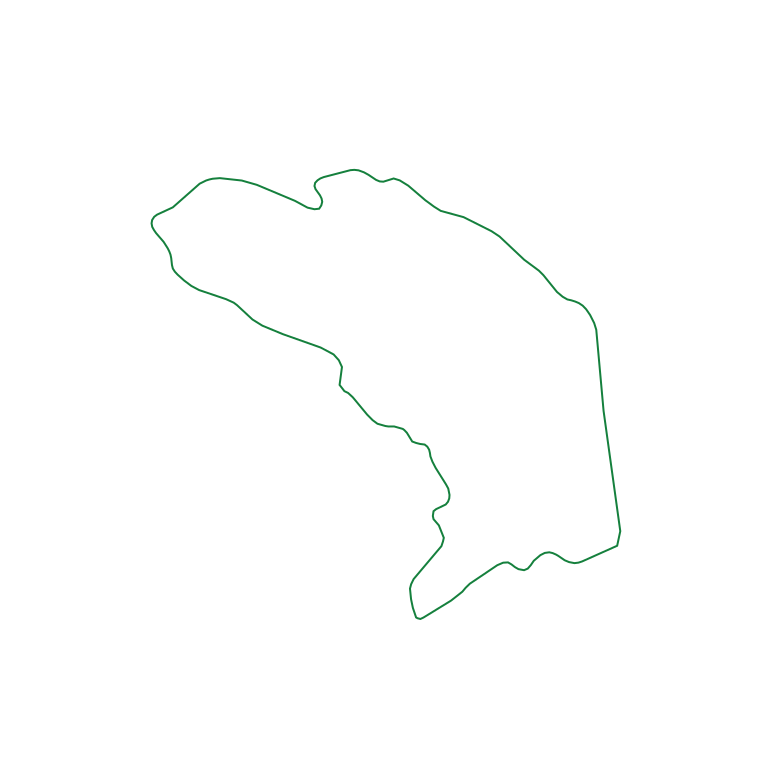 outline of Australian Capital Territory, rotated 120°
{"feature_id": "AUS-2653", "entity_name": "Australian Capital Territory", "entity_type": "Territory", "adm_level": 1, "iso_a3": "AUS", "parent_name": "Australia", "parent_adm1": "", "projection": "natural_earth1", "projection_center": [149.061, -35.53], "detail": "fine", "context": "isolated", "style": "outline", "palette": "green", "viewbox_px": 768, "rotation_deg": 120, "n_neighbors": 0, "source": "natural_earth", "source_scale": "10m", "svg_char_len": 2050}
<svg xmlns="http://www.w3.org/2000/svg" viewBox="0 0 768 768"><g transform="rotate(120 384 384)"><path d="M407.5,101.2L438.6,123.7L441.5,126.3L443.9,129.5L445.7,134.7L446.3,139.4L445.7,147.4L445.7,149.8L446.1,153.4L447.1,156.7L449.9,160.3L454.0,163.0L462.2,165.9L467.4,166.3L472.0,167.2L475.2,169.6L477.1,175.0L477.1,179.1L476.5,183.3L476.5,187.4L479.2,191.5L484.3,195.3L514.0,209.8L519.6,211.4L524.7,212.3L538.0,217.6L566.6,233.1L569.3,235.0L570.1,237.9L570.1,239.5L563.4,247.1L556.8,253.0L548.2,259.2L543.8,260.4L538.1,260.8L495.7,253.2L490.8,254.2L487.3,255.3L479.0,265.8L476.3,273.5L473.9,275.7L469.4,277.5L466.3,276.3L457.5,270.3L454.0,269.7L450.4,270.3L447.3,271.8L442.4,276.1L439.9,280.2L430.8,297.4L427.0,303.3L423.5,307.6L420.7,309.8L418.3,312.1L416.6,315.2L416.1,318.5L417.9,322.8L419.0,326.7L419.7,330.8L414.8,339.8L413.7,343.5L413.5,345.3L415.7,354.0L418.6,359.0L419.7,361.8L421.7,369.8L421.0,375.8L418.9,383.4L411.1,404.4L409.7,410.6L410.0,414.7L407.0,422.0L390.3,428.9L386.0,435.0L383.6,442.4L384.1,457.1L391.4,496.5L394.3,518.5L393.9,530.2L389.2,550.7L388.7,554.8L389.5,563.2L395.1,591.1L395.4,599.9L394.3,608.9L392.5,617.4L391.3,621.3L389.6,624.6L387.0,627.1L381.4,631.2L378.7,633.6L376.5,636.3L374.6,639.2L371.1,645.9L367.3,656.8L365.7,660.2L363.8,663.3L361.1,665.6L357.9,666.8L354.1,666.6L350.8,665.2L336.6,655.2L302.7,643.8L296.7,639.8L294.2,637.5L291.9,635.0L287.8,629.1L278.9,608.9L275.1,593.7L269.9,552.7L269.5,538.4L267.4,531.6L264.6,527.8L260.7,527.6L257.1,528.6L254.6,530.8L252.6,533.8L249.5,540.7L247.3,543.2L244.2,544.2L240.8,543.4L237.8,541.9L234.9,539.6L215.6,520.0L213.4,516.8L211.7,512.9L210.7,507.2L210.6,502.0L211.2,492.9L210.7,489.0L209.1,485.7L201.2,478.4L199.8,472.2L200.1,462.2L204.2,440.1L205.4,429.3L205.7,421.4L199.7,398.5L197.9,367.3L198.5,357.7L206.3,324.7L208.4,306.5L210.0,300.5L217.8,280.2L219.1,272.9L219.1,267.5L217.9,263.7L217.0,259.7L216.5,255.7L216.8,251.1L218.2,246.3L221.2,240.0L226.1,232.5L230.9,227.3L297.5,180.4L393.3,105.8L407.5,101.2Z" fill="none" stroke="#15803d" stroke-width="2"/></g></svg>